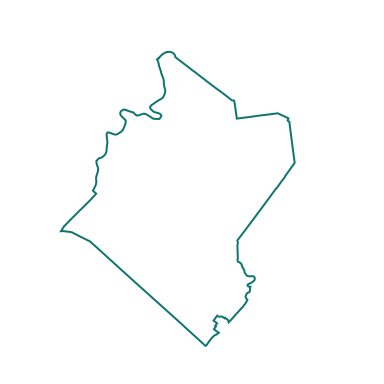 Padureni, Timis, Romania (Albers equal-area conic projection), rotated 315°
{"feature_id": "2599482B54341741042222", "entity_name": "Padureni", "entity_type": "district", "adm_level": 2, "iso_a3": "ROU", "parent_name": "Romania", "parent_adm1": "Timis", "projection": "albers", "projection_center": [21.238, 45.614], "detail": "fine", "context": "isolated", "style": "outline", "palette": "teal", "viewbox_px": 384, "rotation_deg": 315, "n_neighbors": 0, "source": "geoboundaries", "source_scale": "gbopen_adm2", "svg_char_len": 4546}
<svg xmlns="http://www.w3.org/2000/svg" viewBox="0 0 384 384"><g transform="rotate(315 192 192)"><path d="M178.2,270.6L181.3,267.2L183.6,264.8L186.2,262.0L186.7,261.6L187.6,261.1L188.6,260.2L189.2,259.4L189.9,258.3L203.3,256.5L210.8,255.4L227.4,253.0L239.5,251.2L249.2,249.7L254.1,249.0L254.9,249.1L263.3,247.7L268.3,247.1L268.9,246.7L285.2,244.0L302.0,222.1L310.5,211.2L310.1,209.3L310.2,209.0L312.3,208.1L308.3,197.0L302.2,192.3L292.9,185.0L287.1,180.7L275.6,171.8L275.8,171.6L285.4,158.7L286.2,157.6L286.3,156.8L285.5,156.1L285.3,155.8L285.1,155.3L284.9,154.4L284.2,148.3L283.2,141.2L282.1,134.1L281.4,129.0L281.0,126.1L280.5,122.5L280.6,122.1L280.0,118.4L279.2,112.1L279.0,110.1L278.3,105.8L278.0,102.9L277.4,98.7L276.8,94.0L275.6,84.9L276.1,84.3L276.5,83.3L276.8,82.6L276.9,81.6L276.9,80.4L276.6,79.6L276.2,78.5L275.6,77.4L275.0,76.8L273.1,75.2L272.0,74.7L271.2,74.4L270.3,74.1L269.7,74.0L269.1,73.8L269.0,73.7L266.2,73.7L263.1,73.6L263.1,74.0L262.6,73.9L261.1,73.4L260.5,75.1L259.2,77.7L257.8,79.6L256.4,82.5L255.2,84.9L254.0,86.8L252.9,89.4L252.0,91.3L250.8,93.3L249.4,94.8L248.1,96.2L246.9,97.9L245.5,100.6L243.8,102.3L241.0,103.8L238.9,104.5L237.5,104.7L232.2,103.3L228.5,102.6L226.0,102.2L224.3,101.9L223.2,102.1L222.2,102.5L221.8,103.2L221.4,104.5L221.5,106.4L221.6,107.9L222.1,109.2L223.1,110.9L223.9,112.4L224.6,114.0L224.7,115.0L224.5,116.3L223.2,116.8L221.6,117.2L220.3,117.1L219.4,116.1L217.5,114.1L216.5,112.8L216.1,111.2L215.4,107.8L214.9,105.6L214.3,104.1L213.4,102.6L212.2,101.9L210.9,101.2L209.0,100.3L207.9,99.8L207.2,99.1L206.8,97.6L206.7,95.7L206.7,94.6L206.7,94.2L206.5,93.8L205.1,91.3L204.6,90.3L203.9,88.7L203.2,87.1L202.4,85.9L201.5,85.1L200.7,84.9L198.5,84.7L196.8,85.6L195.8,87.5L195.7,90.1L195.8,92.5L195.8,94.1L195.3,95.1L193.6,96.4L190.6,97.9L187.1,99.1L185.1,99.3L182.9,99.0L180.6,98.5L179.3,97.9L178.5,97.4L177.6,96.0L176.7,94.1L175.4,91.2L174.5,90.3L173.3,90.4L172.1,91.1L170.8,92.7L167.1,97.3L165.1,98.8L162.4,100.9L160.3,102.8L157.5,104.0L155.7,104.1L153.5,104.0L152.1,103.5L150.1,102.4L146.4,102.5L145.5,103.2L144.0,105.6L143.4,106.8L142.9,108.0L142.2,109.2L139.8,111.0L136.2,112.9L134.7,113.8L133.3,115.0L132.2,116.4L131.2,117.5L128.9,119.0L125.9,120.1L122.9,121.0L123.1,125.4L118.9,125.6L113.8,125.8L106.1,125.8L98.2,125.7L96.7,125.7L85.3,125.7L78.7,125.8L77.7,125.7L71.7,127.1L73.1,128.3L75.7,131.7L77.7,134.2L78.5,135.4L78.8,136.4L80.6,142.0L81.4,144.4L84.4,153.3L84.8,153.8L85.3,161.1L85.7,169.7L87.0,196.9L87.9,214.5L88.3,222.5L88.7,229.4L89.2,239.0L90.0,254.1L90.8,268.3L91.4,279.7L91.4,282.2L91.9,292.3L92.3,300.0L92.7,310.3L93.4,310.6L95.1,310.4L96.2,310.1L98.0,309.9L98.8,309.7L101.3,309.4L102.0,309.3L102.8,309.2L103.3,309.1L104.8,309.2L106.1,309.3L106.6,309.4L107.2,309.6L107.4,309.6L107.6,309.6L108.0,309.9L109.2,310.2L110.2,310.3L110.5,310.3L110.8,310.3L111.1,310.5L111.4,310.5L110.8,307.1L110.5,304.5L113.8,304.0L113.7,303.1L116.9,302.6L116.3,298.2L120.0,297.6L122.4,297.3L122.4,297.7L122.5,298.3L122.8,299.1L123.0,299.4L123.5,299.8L124.1,300.3L124.6,300.7L124.9,301.0L125.2,301.7L125.4,302.2L125.5,302.9L125.6,303.4L125.7,304.0L125.8,304.5L126.2,304.4L126.5,304.4L126.5,305.0L126.7,305.7L126.8,306.7L126.9,307.6L126.7,308.7L125.8,310.1L127.2,310.1L133.2,309.8L134.4,309.7L135.3,309.6L137.1,309.5L141.2,309.4L144.3,309.2L145.8,309.2L147.3,309.1L148.9,308.8L149.7,308.7L150.3,308.7L152.2,308.3L153.6,307.9L155.0,307.3L154.9,306.9L155.0,306.3L155.1,305.7L155.2,305.1L155.5,304.5L155.8,304.0L156.4,303.6L156.8,303.4L157.3,303.2L157.9,302.9L158.2,302.8L158.6,302.6L159.0,302.6L159.3,302.6L159.7,302.6L160.1,302.7L160.8,303.0L161.5,303.3L162.3,303.3L162.7,303.0L163.1,302.6L163.6,302.3L164.6,301.6L165.3,300.9L166.3,300.3L165.5,299.3L165.1,298.7L165.0,298.3L165.0,297.9L165.1,297.6L165.4,297.2L165.8,296.9L166.3,296.9L167.5,297.3L167.9,297.4L168.5,297.6L169.7,298.1L170.7,298.3L172.3,298.5L172.8,298.6L173.6,298.5L174.1,298.4L174.7,298.0L175.2,297.6L175.7,297.0L175.9,296.4L175.9,296.0L175.9,295.7L175.9,295.2L175.8,294.9L175.6,294.6L174.9,294.0L174.3,293.5L173.9,293.1L173.4,292.7L173.2,292.5L173.0,292.3L172.7,291.9L172.5,291.5L172.1,290.9L171.8,290.2L171.7,289.3L171.7,288.8L171.9,288.3L172.0,287.9L172.1,287.6L172.1,287.0L172.1,286.6L172.2,286.3L172.4,285.9L172.8,285.3L173.3,284.8L173.6,284.4L173.6,284.1L173.7,283.7L173.8,283.3L174.1,282.7L174.3,282.1L174.4,281.3L174.4,280.7L175.3,279.4L175.9,278.1L176.0,277.4L176.0,276.6L175.9,275.8L175.8,275.1L175.4,274.1L175.2,273.9L175.3,273.5L175.5,273.1L176.1,272.4L176.9,271.6L178.2,270.6Z" fill="none" stroke="#0f766e" stroke-width="2"/></g></svg>